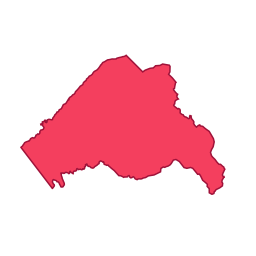 Tuolumne, California, United States of America (Albers equal-area conic projection), rotated 9°
{"feature_id": "52423323B26881284907235", "entity_name": "Tuolumne", "entity_type": "district", "adm_level": 2, "iso_a3": "USA", "parent_name": "United States of America", "parent_adm1": "California", "projection": "albers", "projection_center": [-120.026, 38.034], "detail": "fine", "context": "isolated", "style": "filled", "palette": "rose", "viewbox_px": 256, "rotation_deg": 9, "n_neighbors": 0, "source": "geoboundaries", "source_scale": "gbopen_adm2", "svg_char_len": 5485}
<svg xmlns="http://www.w3.org/2000/svg" viewBox="0 0 256 256"><g transform="rotate(9 128 128)"><path d="M114.8,56.5L114.4,57.0L112.9,58.0L111.7,58.3L110.4,59.0L108.8,59.6L107.8,60.0L107.1,60.4L106.3,60.6L105.5,61.6L104.2,61.9L102.6,62.2L101.5,62.3L100.1,62.9L98.5,63.5L97.4,63.8L96.3,64.6L95.0,65.8L93.6,66.8L92.8,67.3L91.9,69.2L91.7,69.7L91.1,70.1L90.9,70.9L90.1,72.6L89.4,73.9L88.3,75.5L87.1,76.5L86.1,77.2L85.4,78.0L84.7,79.4L84.3,80.6L83.2,81.8L81.6,82.9L80.8,84.6L79.4,86.1L79.2,87.6L77.7,89.0L76.8,90.5L76.6,92.2L74.3,94.2L73.0,96.6L71.8,98.5L71.0,99.6L70.4,100.5L70.2,101.7L69.7,102.8L68.1,104.0L67.2,105.6L65.9,106.6L65.2,107.7L64.8,108.6L65.2,108.7L65.0,109.6L64.3,109.8L63.8,111.1L62.7,113.6L60.5,115.0L59.8,117.3L59.2,119.3L57.9,120.3L57.2,120.8L56.9,122.3L56.2,123.2L55.5,123.2L55.1,124.1L55.0,124.8L53.7,126.4L53.3,127.9L52.1,130.1L52.1,131.5L51.1,131.9L49.4,131.7L48.2,131.9L47.1,132.6L47.0,134.9L46.6,135.4L45.7,135.3L45.5,135.0L45.3,134.4L45.5,134.3L45.8,133.9L45.6,133.4L44.8,133.2L44.4,133.7L44.1,134.7L43.2,135.1L42.5,135.3L42.5,136.0L43.1,136.6L42.6,137.3L42.0,137.4L41.2,137.8L41.5,138.5L41.8,138.4L42.3,138.3L43.1,138.2L43.1,138.9L44.3,139.9L45.0,140.9L44.5,142.6L43.1,143.4L42.2,143.7L41.9,144.4L41.6,144.9L41.5,145.8L41.8,146.5L41.5,147.2L41.2,147.7L40.8,148.2L40.5,148.0L39.7,148.0L39.1,148.9L38.2,149.5L38.1,150.6L37.7,151.4L37.4,152.2L36.5,152.7L35.5,152.4L34.5,152.9L33.4,153.8L33.4,154.6L32.7,155.5L32.3,155.9L32.1,156.2L32.2,156.4L31.8,156.6L31.1,156.8L29.5,157.7L28.3,158.6L27.8,159.6L27.5,160.5L26.9,161.4L26.6,162.4L25.4,163.6L25.3,163.9L62.7,199.5L62.9,199.4L63.3,198.7L63.6,198.1L64.1,197.2L64.3,196.5L63.9,195.4L63.1,195.0L62.5,194.1L61.8,193.2L61.8,192.1L62.1,191.3L62.1,190.9L62.6,190.6L63.4,190.8L64.0,191.0L65.5,191.2L66.3,192.2L67.3,192.1L68.1,192.6L68.8,193.5L69.4,194.6L70.3,195.4L70.6,196.2L71.1,196.7L72.2,196.6L73.1,196.1L73.5,194.9L74.0,194.1L73.7,192.6L72.7,191.0L71.9,189.7L70.9,188.1L70.6,187.1L70.2,186.4L69.8,185.8L69.6,185.2L69.5,184.6L69.3,184.3L69.2,183.8L68.9,183.5L68.8,183.1L69.2,182.9L69.6,182.9L70.0,183.0L70.5,182.6L71.1,182.6L71.7,182.9L72.5,182.5L73.0,181.7L74.3,181.5L75.6,181.7L76.5,182.1L76.8,182.3L77.3,181.8L77.3,181.2L77.3,180.3L77.6,179.9L78.3,180.4L79.0,180.9L80.3,181.4L80.9,181.7L81.0,181.3L80.8,181.1L80.7,180.4L81.5,179.0L82.7,178.8L83.1,178.6L83.5,178.3L83.8,177.9L83.6,177.2L83.8,176.7L83.8,176.3L84.1,176.1L84.3,176.3L85.2,176.5L85.4,176.8L85.7,176.8L85.8,176.7L86.1,176.5L86.4,176.5L87.0,176.3L87.5,176.1L87.8,176.2L88.0,176.4L88.6,176.5L89.3,176.3L89.6,175.8L89.6,175.5L90.0,175.3L90.3,175.3L90.5,175.6L91.0,175.5L91.2,175.2L91.4,174.6L91.5,174.2L91.3,173.8L91.2,173.3L91.4,173.2L91.6,172.9L91.9,172.7L92.0,172.0L92.1,171.8L91.9,171.5L91.8,171.1L91.8,170.8L92.0,170.7L92.6,170.6L92.7,170.4L92.8,170.1L93.1,170.1L93.2,170.3L93.1,170.5L93.2,170.8L93.4,170.8L93.7,171.2L94.0,171.6L94.5,171.8L94.8,172.1L95.2,172.0L95.5,172.0L95.9,172.0L96.3,172.1L96.7,172.2L96.9,172.4L97.3,172.6L97.5,172.9L98.2,173.0L98.6,173.1L99.1,173.1L99.7,173.1L99.9,172.8L100.6,172.4L100.7,172.2L100.9,171.7L101.5,171.0L102.0,170.7L102.6,170.1L103.3,169.5L103.5,169.2L104.0,168.4L104.6,168.1L105.0,167.6L104.8,166.8L104.9,166.2L105.0,165.8L105.4,165.7L105.7,165.0L106.1,164.8L107.3,165.0L108.0,165.4L108.6,165.7L109.1,165.3L109.3,165.4L109.6,166.1L109.9,167.0L110.2,167.6L110.8,167.7L112.0,167.9L112.8,168.2L114.1,167.8L115.4,168.9L116.6,169.5L117.7,170.3L121.1,172.2L123.8,174.4L126.4,176.5L127.5,176.4L128.1,176.3L129.3,176.6L130.0,176.8L131.5,177.4L132.4,176.8L133.2,176.8L135.2,176.3L135.6,175.3L136.4,174.8L137.0,175.3L137.5,176.3L138.3,176.8L139.5,176.5L140.1,175.8L140.9,175.3L142.1,176.0L142.9,177.0L144.4,177.5L145.2,177.5L145.4,177.1L146.7,176.5L148.8,176.3L149.9,175.8L150.7,175.1L151.7,174.7L153.1,174.2L155.6,172.1L161.1,170.3L167.0,166.2L166.8,162.8L168.9,161.0L170.5,161.1L171.7,160.2L173.5,159.4L175.2,158.0L176.3,156.3L177.8,152.6L180.3,151.6L184.0,153.1L187.4,156.3L189.5,158.3L192.4,158.6L196.0,157.2L198.3,157.7L199.1,158.4L201.6,160.6L204.0,162.8L205.2,162.5L205.7,162.4L206.2,162.9L207.2,164.0L209.9,167.9L213.1,169.8L215.2,171.2L215.3,173.3L217.7,175.2L218.4,179.3L221.2,180.3L221.9,180.0L223.0,179.3L223.2,178.6L223.1,177.8L223.3,177.1L223.8,176.9L224.6,175.1L226.6,173.7L228.0,172.7L230.3,170.4L230.2,167.8L229.2,166.7L229.1,164.8L229.9,162.9L230.2,161.9L230.7,161.6L230.4,160.9L229.6,161.1L228.6,159.7L228.8,158.1L229.8,154.4L230.1,153.5L229.6,153.2L229.2,152.6L228.7,151.6L227.3,150.9L225.1,149.4L223.5,149.6L221.4,148.0L218.9,145.5L216.1,143.5L214.8,142.3L213.3,139.2L213.9,136.3L215.0,133.3L215.1,132.3L215.3,128.2L214.0,125.1L211.5,122.0L208.7,118.6L205.6,117.1L203.6,116.0L201.6,114.7L199.0,114.6L198.4,113.7L197.0,114.5L196.4,115.3L195.5,116.4L195.0,116.1L193.4,114.9L192.0,113.1L192.2,111.8L191.2,110.5L189.6,109.2L188.5,107.1L188.6,106.3L187.3,106.0L187.0,106.6L187.2,107.8L187.2,108.9L186.2,109.3L183.9,108.2L182.3,108.0L181.3,107.4L180.4,106.3L178.9,106.1L177.1,104.9L176.9,102.8L176.4,101.5L175.0,100.8L174.2,101.4L170.8,99.5L169.7,98.7L169.8,97.4L170.4,96.8L170.2,95.6L170.3,95.1L170.2,94.6L170.6,93.5L171.6,92.5L173.2,91.5L172.1,90.6L171.4,89.5L171.2,88.1L171.6,87.8L171.8,86.9L171.0,86.6L169.4,85.4L168.1,84.2L167.1,83.3L166.9,82.2L167.7,81.7L167.7,79.6L167.8,77.4L167.9,75.9L168.3,75.4L164.0,71.6L159.7,68.6L160.6,66.1L159.9,60.6L159.0,59.5L152.2,59.4L149.8,61.2L145.5,62.2L143.6,64.7L140.4,65.6L135.9,68.2L133.8,70.3L114.8,56.5Z" fill="#f43f5e" stroke="#9f1239" stroke-width="1.5"/></g></svg>